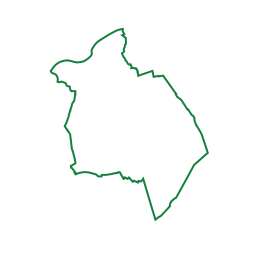 Etten-Leur, Noord-Brabant, Netherlands, rotated 340°
{"feature_id": "6326949B83094148172558", "entity_name": "Etten-Leur", "entity_type": "district", "adm_level": 2, "iso_a3": "NLD", "parent_name": "Netherlands", "parent_adm1": "Noord-Brabant", "projection": "robinson", "projection_center": [4.64, 51.576], "detail": "fine", "context": "isolated", "style": "outline", "palette": "green", "viewbox_px": 256, "rotation_deg": 340, "n_neighbors": 0, "source": "geoboundaries", "source_scale": "gbopen_adm2", "svg_char_len": 5307}
<svg xmlns="http://www.w3.org/2000/svg" viewBox="0 0 256 256"><g transform="rotate(340 128 128)"><path d="M157.0,33.2L156.4,33.1L155.1,32.8L154.0,32.7L152.9,32.6L152.0,32.5L151.0,32.5L150.1,32.6L148.1,32.8L144.6,33.3L139.2,34.3L131.2,36.0L129.8,36.4L128.8,36.7L127.4,37.3L125.4,38.4L122.7,40.3L121.4,41.4L120.6,42.2L120.3,42.7L120.1,43.2L119.5,45.5L119.2,46.3L118.1,47.3L117.5,47.7L116.6,48.0L115.7,48.5L114.5,49.0L113.8,49.2L110.9,49.9L109.7,50.1L108.5,50.1L106.4,49.9L105.8,49.8L104.6,49.5L103.2,49.1L102.3,48.8L101.0,48.1L99.7,47.3L98.1,46.1L96.9,45.2L94.9,44.1L93.4,43.5L91.4,43.0L89.7,42.8L87.9,42.7L85.7,42.8L83.4,43.3L81.4,44.0L79.6,44.9L78.4,45.6L77.0,46.7L75.5,47.7L74.9,48.0L74.9,48.5L75.0,49.3L75.1,49.5L75.2,49.8L75.6,50.4L75.8,50.6L76.6,51.3L77.3,51.8L77.8,52.4L78.4,53.1L78.6,53.7L78.8,54.2L78.9,55.1L79.0,56.9L79.0,57.1L78.8,57.8L78.7,58.3L77.7,60.2L77.6,60.4L77.6,60.6L77.9,61.0L78.5,61.3L79.4,61.5L80.8,61.6L81.3,61.7L81.8,61.9L82.0,62.1L83.5,63.3L84.6,64.5L84.8,64.7L84.8,65.0L84.8,66.3L84.8,66.8L85.0,67.2L85.4,67.8L85.7,68.1L86.2,68.4L87.1,68.8L87.3,69.0L87.4,69.3L87.0,71.3L86.9,72.8L87.0,73.2L87.1,73.5L87.4,73.8L87.7,74.2L87.8,74.3L88.1,74.4L89.9,74.8L90.1,74.8L90.3,75.0L90.7,75.1L91.1,75.5L91.2,75.9L91.0,76.1L90.7,76.5L90.5,76.8L89.8,78.0L90.1,78.1L90.0,78.3L89.8,78.9L88.1,81.5L86.9,83.9L86.8,84.0L86.7,84.1L84.6,85.4L84.4,85.5L82.4,88.2L81.7,89.3L81.5,89.5L80.7,90.2L80.6,90.3L80.5,90.6L80.4,91.1L80.3,91.3L80.0,91.5L79.4,92.0L79.2,92.2L79.2,92.4L79.3,92.5L79.0,92.9L78.6,93.3L78.2,93.8L78.1,94.0L77.7,94.4L77.5,94.7L77.0,95.4L76.8,95.7L76.6,96.2L76.1,97.0L75.8,97.4L75.3,98.0L74.7,98.6L72.7,101.2L69.1,104.7L69.2,105.0L69.5,106.0L69.5,106.3L69.5,106.5L70.0,108.1L70.0,108.6L70.1,108.8L70.3,109.1L70.3,109.3L70.3,109.7L70.6,110.1L70.7,110.3L70.7,110.7L70.7,111.1L70.8,111.3L71.0,111.9L71.0,112.3L71.1,112.8L71.3,113.4L71.4,113.9L71.4,114.1L71.4,114.4L71.3,114.8L71.2,115.2L71.1,115.8L70.8,116.8L70.7,117.7L70.4,118.4L70.4,119.0L70.1,119.9L70.0,120.6L69.8,121.5L69.7,121.9L69.3,123.4L68.6,126.3L68.6,126.6L68.4,126.9L68.2,128.2L68.1,128.5L68.1,129.9L68.0,130.2L68.2,130.7L68.2,131.5L68.1,131.9L67.8,134.4L67.7,135.9L67.4,138.6L67.4,139.4L67.3,140.0L67.1,140.4L67.0,141.5L66.8,142.1L66.4,142.8L66.5,143.1L65.9,143.3L61.2,144.2L61.0,145.6L61.0,146.0L61.3,146.1L61.7,146.6L63.3,151.9L62.5,152.0L62.9,152.7L63.0,153.6L63.7,153.5L63.8,153.6L65.7,153.6L67.2,153.6L68.6,153.8L69.8,154.0L70.7,154.2L72.3,154.7L74.0,155.4L75.4,156.1L77.5,157.4L81.7,160.4L82.2,160.9L82.4,161.2L82.9,162.4L83.1,162.6L83.4,163.0L83.7,163.3L84.2,163.6L84.6,163.8L85.1,164.0L86.6,164.4L87.1,163.3L87.4,163.2L87.7,163.2L90.1,164.1L91.8,164.6L93.6,165.0L95.4,165.4L98.0,165.8L98.3,165.7L99.1,165.8L99.4,165.8L100.0,166.0L101.5,166.2L103.3,166.3L103.1,166.5L105.1,166.5L105.1,166.3L105.9,171.5L106.0,171.6L106.4,174.0L106.5,174.4L107.4,174.3L108.0,173.3L108.3,173.5L110.3,175.7L111.9,174.8L112.0,174.8L113.8,179.4L114.0,179.9L114.1,180.1L115.4,179.5L118.7,182.6L119.1,181.9L119.4,181.6L119.7,181.3L122.0,182.7L122.8,182.2L123.4,181.9L124.9,180.9L123.2,209.3L122.4,223.5L126.1,222.3L126.3,222.2L128.8,221.9L129.2,221.7L138.8,216.8L140.0,216.2L140.3,216.0L140.7,215.8L140.6,215.5L140.9,214.7L141.8,213.5L142.0,213.2L142.4,212.9L142.7,212.7L142.9,212.4L143.0,212.3L143.1,212.0L143.6,211.8L144.3,211.5L145.1,211.3L145.6,210.9L146.1,210.8L147.5,210.3L148.3,210.1L149.1,210.0L149.3,210.0L150.0,209.4L149.9,209.5L157.3,203.1L177.4,185.4L177.5,185.4L177.8,185.2L194.3,178.7L194.2,178.7L194.5,178.6L194.5,176.8L194.6,176.2L195.0,161.4L195.0,160.8L195.0,159.5L195.0,159.3L194.8,156.7L194.4,155.0L194.4,154.6L194.3,154.1L193.5,150.3L193.4,150.1L193.1,148.9L193.3,148.7L193.2,148.5L193.0,147.3L193.0,146.9L192.9,146.2L193.1,145.7L193.1,143.5L193.2,143.0L193.8,141.5L193.9,141.0L193.2,138.7L193.0,138.3L192.7,137.9L192.4,137.6L192.2,137.3L191.7,134.7L191.5,133.9L191.0,131.8L190.8,131.4L190.8,131.2L190.7,131.2L190.3,131.1L190.2,131.0L190.0,130.0L188.2,122.2L187.8,120.5L187.6,119.7L185.9,117.1L185.0,115.8L184.6,114.0L184.4,112.7L184.5,112.4L184.9,112.3L184.0,109.4L181.9,101.6L179.9,94.5L178.9,90.8L178.0,90.7L177.9,90.6L174.8,90.1L174.4,89.9L174.5,89.5L169.6,88.7L170.5,82.7L155.4,82.4L156.0,80.3L156.0,79.7L155.9,79.4L156.1,79.2L156.1,78.9L156.3,78.8L156.2,78.4L156.4,78.2L156.5,77.8L156.3,77.5L156.3,77.2L156.4,76.9L156.5,76.6L156.0,75.9L155.8,75.4L156.0,75.2L156.1,74.9L156.0,74.7L155.7,74.4L155.1,74.2L154.6,74.2L154.1,73.8L153.7,73.5L153.1,73.3L152.6,72.9L151.5,72.8L151.6,72.6L151.8,72.4L152.2,72.0L152.2,71.8L152.3,71.6L152.4,71.1L152.1,69.9L152.2,69.5L152.2,69.3L152.2,69.2L151.9,68.9L151.6,68.8L151.1,68.9L150.9,68.8L150.5,68.5L150.0,67.8L149.9,67.6L149.5,65.0L149.4,64.7L148.7,63.5L148.7,63.4L148.9,62.7L148.9,62.3L148.9,62.1L148.8,61.4L148.4,60.6L148.3,59.9L148.0,58.8L148.0,58.2L148.0,57.8L147.9,57.0L147.9,55.7L148.1,55.6L149.2,55.3L149.9,55.1L150.1,55.0L150.6,54.6L150.8,54.3L150.8,54.1L150.8,53.9L150.8,53.6L150.8,52.9L151.3,52.3L151.5,51.9L151.6,51.6L152.3,51.1L152.7,50.7L153.1,49.8L153.8,48.7L154.4,48.5L154.5,48.4L154.8,48.1L155.0,47.8L155.6,46.0L156.6,43.2L156.6,42.9L156.7,42.7L156.6,42.4L156.1,41.8L155.9,41.3L155.7,41.1L155.4,40.7L154.3,38.9L155.5,38.9L156.2,38.8L156.2,38.7L156.6,38.7L156.2,36.0L156.2,35.5L156.2,35.3L156.3,34.6L157.0,33.2Z" fill="none" stroke="#15803d" stroke-width="2"/></g></svg>